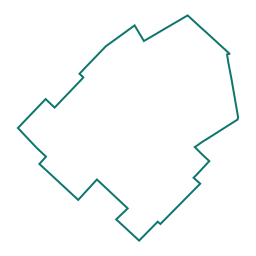 Carmen de Areco, Buenos Aires, Argentina
{"feature_id": "61730980B54882612512948", "entity_name": "Carmen de Areco", "entity_type": "district", "adm_level": 2, "iso_a3": "ARG", "parent_name": "Argentina", "parent_adm1": "Buenos Aires", "projection": "robinson", "projection_center": [-59.843, -34.419], "detail": "fine", "context": "isolated", "style": "outline", "palette": "teal", "viewbox_px": 256, "rotation_deg": 0, "n_neighbors": 0, "source": "geoboundaries", "source_scale": "gbopen_adm2", "svg_char_len": 700}
<svg xmlns="http://www.w3.org/2000/svg" viewBox="0 0 256 256"><path d="M187.6,15.4L143.9,41.0L134.6,25.4L105.7,46.4L98.7,53.7L84.7,68.2L79.5,73.8L83.3,77.4L81.3,79.7L54.6,107.6L45.6,99.1L17.9,128.0L36.9,148.1L46.0,156.6L39.4,164.0L49.6,173.4L78.2,199.9L84.8,192.7L96.9,179.5L127.7,208.4L116.2,219.4L139.1,240.6L157.7,221.7L160.4,224.0L200.2,183.7L193.6,177.8L197.9,173.4L202.2,168.7L209.3,161.1L202.0,154.3L194.8,147.1L202.1,142.0L211.2,136.3L219.2,131.2L234.3,121.6L237.6,119.6L238.1,117.3L231.6,79.7L228.2,61.9L227.1,54.5L227.4,54.5L227.7,54.3L228.3,54.0L228.7,53.9L229.1,54.0L229.3,54.0L229.4,53.9L229.4,53.6L204.2,30.5L201.9,28.5L187.6,15.4Z" fill="none" stroke="#0f766e" stroke-width="2"/></svg>